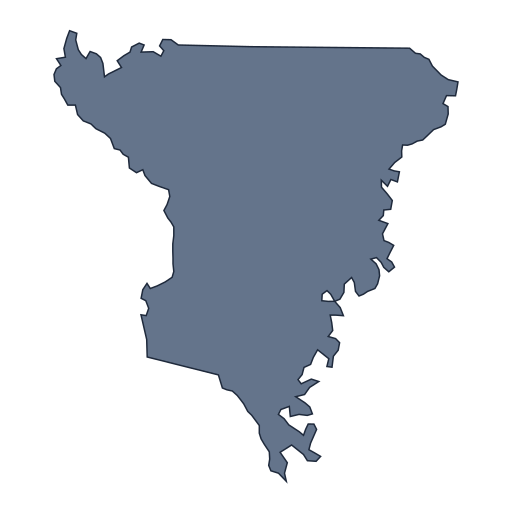 Espigão Alto do Iguaçu, Paraná, Brazil (Natural Earth projection)
{"feature_id": "56859067B3703545459584", "entity_name": "Espigão Alto do Iguaçu", "entity_type": "district", "adm_level": 2, "iso_a3": "BRA", "parent_name": "Brazil", "parent_adm1": "Paraná", "projection": "natural_earth1", "projection_center": [-52.784, -25.384], "detail": "fine", "context": "isolated", "style": "filled", "palette": "slate", "viewbox_px": 512, "rotation_deg": 0, "n_neighbors": 0, "source": "geoboundaries", "source_scale": "gbopen_adm2", "svg_char_len": 2864}
<svg xmlns="http://www.w3.org/2000/svg" viewBox="0 0 512 512"><path d="M178.3,45.0L171.0,39.7L162.8,39.5L159.6,45.9L163.8,50.7L160.9,56.2L153.2,51.7L141.1,52.1L144.1,45.0L139.2,43.1L131.6,47.0L130.0,52.1L123.9,55.7L117.2,60.7L121.5,67.5L108.6,73.9L104.5,76.8L102.9,63.4L100.6,57.5L96.4,53.8L90.1,51.5L86.0,58.6L81.4,54.5L78.3,49.7L75.7,39.9L76.8,33.3L69.6,30.7L66.7,38.4L63.9,48.6L65.4,57.2L56.5,58.7L60.9,65.5L56.4,68.8L54.0,74.5L54.8,81.3L60.5,87.6L61.5,94.3L64.2,98.6L67.8,105.1L75.4,105.1L77.6,114.6L83.3,120.9L90.9,123.9L95.9,128.7L104.8,133.2L110.5,138.5L114.3,148.6L120.0,150.0L123.2,154.3L128.4,157.2L129.4,168.0L136.5,172.7L142.8,169.7L145.0,175.6L151.5,183.4L159.2,186.4L168.6,189.7L169.8,196.5L167.1,204.5L163.9,210.5L167.8,218.0L171.0,222.1L173.8,226.9L173.8,235.7L172.8,243.9L172.8,251.3L173.0,258.1L173.0,263.8L173.8,271.5L172.1,277.3L165.1,282.0L157.2,285.9L150.3,288.5L147.0,283.4L142.8,289.7L141.1,298.3L145.8,300.7L148.7,308.3L146.2,315.6L141.0,314.8L146.7,339.5L147.2,357.0L218.4,374.9L222.4,388.0L226.9,389.8L232.3,391.0L237.3,395.5L240.5,399.6L243.7,403.8L247.8,411.5L251.6,415.1L259.3,425.5L259.3,433.2L261.1,438.9L264.3,444.3L269.3,451.8L269.7,459.1L268.7,465.4L270.9,470.8L278.5,473.2L286.3,481.3L284.5,473.2L287.3,462.7L280.1,452.3L291.6,445.0L303.5,454.5L307.4,460.7L316.1,461.3L320.6,456.4L314.1,452.6L308.9,449.7L310.6,443.1L316.6,429.4L313.9,424.1L308.2,424.0L305.7,429.2L303.5,435.3L299.2,431.7L288.8,424.9L284.1,418.7L278.4,414.4L280.9,409.5L289.3,406.4L290.3,416.5L299.0,414.4L307.3,415.4L312.4,413.9L309.8,407.0L305.2,403.0L295.7,396.7L304.6,394.5L309.6,387.4L318.8,381.5L311.3,379.1L301.2,383.8L298.0,379.6L302.1,374.6L304.0,367.4L310.6,364.4L313.3,357.4L317.6,349.8L328.8,358.7L326.9,366.5L332.0,367.2L333.4,356.2L338.2,350.2L339.6,342.7L335.6,338.6L328.2,336.5L332.7,330.5L331.7,322.5L330.2,315.1L335.6,315.1L343.4,315.7L340.2,307.6L334.7,301.3L339.9,299.2L343.9,292.4L344.3,284.1L351.6,277.5L354.3,282.5L355.5,291.4L359.0,296.0L363.4,294.2L367.6,291.4L374.9,288.5L377.6,283.8L379.6,275.8L379.0,269.7L376.1,263.8L370.8,259.1L376.5,257.6L381.1,262.3L383.8,267.4L388.8,271.8L394.5,267.1L391.7,262.0L387.0,258.7L390.2,252.2L393.7,245.4L388.7,242.4L384.0,240.6L382.5,233.8L387.9,223.6L378.8,220.3L383.3,215.6L383.8,210.0L390.7,209.3L392.3,200.5L387.4,194.1L381.5,187.2L381.3,180.2L387.5,186.3L390.9,179.5L397.4,181.9L399.4,171.8L394.2,170.9L389.0,169.1L394.7,162.5L401.8,157.0L401.6,150.9L402.6,145.0L407.6,145.2L412.1,143.9L417.2,141.1L422.7,140.0L427.9,135.1L433.6,129.6L441.1,126.8L445.3,124.2L448.2,114.0L448.0,106.6L443.0,103.6L446.5,95.6L455.5,95.8L456.7,89.7L458.0,81.9L448.2,79.6L441.1,75.0L432.4,66.1L428.9,59.3L424.3,57.4L420.2,53.9L415.5,53.3L409.6,48.2L251.1,46.7L178.3,45.0ZM334.7,301.3L328.2,301.4L321.8,300.7L322.2,294.2L327.0,290.6L330.7,294.2L334.7,301.3Z" fill="#64748b" stroke="#1e293b" stroke-width="1.5"/></svg>